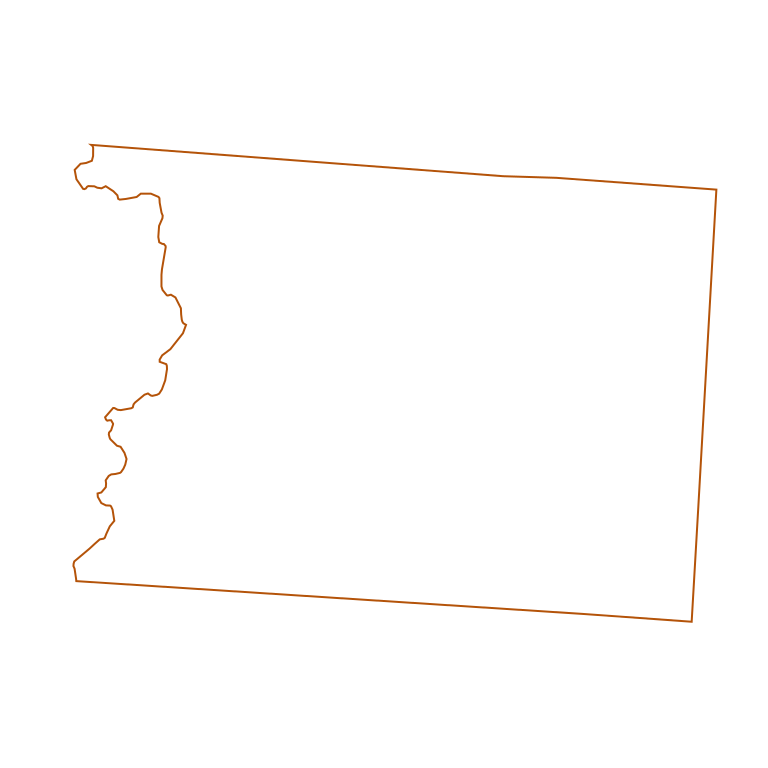 Sioux, Iowa, United States of America (Albers equal-area conic projection), rotated 4°
{"feature_id": "52423323B71444567785310", "entity_name": "Sioux", "entity_type": "district", "adm_level": 2, "iso_a3": "USA", "parent_name": "United States of America", "parent_adm1": "Iowa", "projection": "albers", "projection_center": [-96.475, 43.084], "detail": "fine", "context": "isolated", "style": "outline", "palette": "amber", "viewbox_px": 768, "rotation_deg": 4, "n_neighbors": 0, "source": "geoboundaries", "source_scale": "gbopen_adm2", "svg_char_len": 1747}
<svg xmlns="http://www.w3.org/2000/svg" viewBox="0 0 768 768"><g transform="rotate(4 384 384)"><path d="M75.2,165.9L76.8,167.0L77.4,168.7L77.9,176.9L77.0,181.7L71.4,184.3L65.9,185.5L60.5,192.0L62.9,201.2L70.2,210.3L71.5,210.5L73.0,209.7L74.0,208.0L75.2,207.2L81.3,207.0L84.3,208.2L88.6,208.5L92.6,206.1L100.6,210.6L104.9,214.4L105.9,217.8L107.5,218.5L113.6,217.4L124.2,214.7L128.1,211.1L138.2,210.4L146.0,213.1L147.0,214.3L147.6,218.9L150.1,228.6L151.5,231.5L151.4,234.1L148.6,242.0L148.6,253.1L149.9,258.3L153.1,259.7L154.6,259.7L156.5,261.6L156.7,262.8L154.5,285.1L154.4,290.6L155.2,302.2L156.5,305.6L161.1,310.6L162.2,310.8L165.2,309.8L169.9,312.2L176.1,322.6L176.8,328.8L177.8,334.0L178.5,335.9L179.6,337.4L182.4,338.8L179.9,347.4L171.9,359.1L168.5,364.1L160.7,370.9L158.5,375.3L158.7,377.5L165.4,379.4L166.1,381.0L166.5,384.3L166.4,385.3L165.5,395.6L162.8,404.9L160.4,409.3L158.3,410.6L153.7,412.0L152.1,411.7L149.2,409.9L145.8,411.4L136.9,419.9L135.6,421.8L135.0,424.9L133.6,425.8L123.3,428.4L120.1,428.3L116.8,426.8L115.5,426.8L108.1,436.6L109.1,438.8L110.5,439.9L112.2,439.4L114.3,439.2L116.5,442.5L116.5,443.3L115.0,449.2L113.1,451.6L113.0,453.5L114.1,456.8L114.9,458.2L121.9,464.2L125.6,465.0L129.9,470.8L132.4,476.8L131.5,482.5L130.0,486.6L127.8,490.3L126.8,491.1L122.3,492.5L118.2,493.2L115.8,494.9L113.1,499.5L113.7,502.7L113.7,506.3L109.6,511.9L105.9,513.2L106.4,516.6L110.3,522.5L115.1,524.5L119.2,524.4L120.2,525.0L122.0,528.3L124.5,539.3L120.4,545.1L117.5,552.7L116.2,556.9L115.0,557.9L111.3,558.8L106.6,563.6L101.6,568.9L87.4,582.6L86.9,585.0L86.9,587.3L88.2,589.8L90.4,599.7L90.8,602.1L600.2,599.5L707.5,599.7L706.2,490.9L702.0,166.9L541.7,166.3L488.4,168.4L75.2,165.9Z" fill="none" stroke="#b45309" stroke-width="2"/></g></svg>